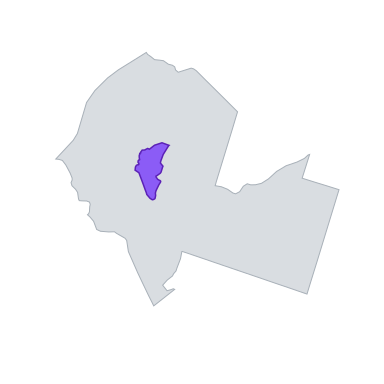 Baja Verapaz on a map of Guatemala (Robinson projection), rotated 107°
{"feature_id": "GTM-1942", "entity_name": "Baja Verapaz", "entity_type": "Department", "adm_level": 1, "iso_a3": "GTM", "parent_name": "Guatemala", "parent_adm1": "", "projection": "robinson", "projection_center": [-90.369, 15.089], "detail": "fine", "context": "in_parent", "style": "filled", "palette": "violet", "viewbox_px": 384, "rotation_deg": 107, "n_neighbors": 0, "source": "natural_earth", "source_scale": "10m", "svg_char_len": 2611}
<svg xmlns="http://www.w3.org/2000/svg" viewBox="0 0 384 384"><g transform="rotate(107 192 192)"><path d="M71.9,276.5L73.4,274.7L74.7,270.6L76.4,266.5L75.4,261.6L74.8,257.7L76.7,252.0L76.5,247.8L77.4,245.1L80.1,243.4L81.5,240.2L73.8,229.0L73.8,226.4L74.8,223.3L81.2,211.3L88.7,197.0L97.0,181.3L102.0,171.9L120.1,171.8L132.1,171.8L147.3,171.8L163.8,171.8L174.7,171.8L179.2,171.7L178.4,165.5L179.0,158.7L181.0,152.6L181.0,149.8L177.8,146.5L171.5,144.6L168.0,141.6L168.0,137.9L166.5,133.4L163.4,128.1L157.1,122.7L147.6,117.1L139.4,109.7L132.7,100.4L127.1,94.4L122.7,91.8L121.7,90.5L134.5,90.6L146.6,90.7L146.7,77.4L146.7,65.5L146.8,52.1L168.8,52.1L194.9,52.1L222.1,52.1L243.4,52.2L256.0,52.2L255.4,68.8L254.8,88.1L254.3,102.3L253.7,121.2L253.1,140.5L252.2,166.9L251.7,183.9L251.9,184.3L259.1,183.5L269.6,184.2L272.2,184.2L275.5,185.7L278.0,186.1L283.4,189.9L289.7,192.8L293.7,187.0L291.5,183.5L290.0,181.6L290.2,180.1L312.1,195.3L309.6,197.6L304.0,203.0L293.9,212.3L284.9,220.5L276.2,228.0L268.3,234.8L267.4,235.5L257.4,240.3L255.8,242.5L253.6,252.1L252.7,254.5L254.5,259.8L256.3,268.0L255.7,272.2L248.8,277.5L245.7,282.3L244.3,285.3L243.0,284.5L240.9,284.3L236.0,285.5L233.6,285.7L231.6,287.1L231.4,290.1L232.7,294.9L233.2,297.3L231.8,298.5L225.8,301.3L223.4,304.2L221.1,308.6L218.4,310.4L215.6,310.1L213.7,310.7L209.5,314.1L203.1,320.5L199.7,325.2L199.7,328.8L200.3,331.9L177.3,320.7L169.6,318.7L137.2,319.0L123.3,314.5L107.5,306.0L96.8,298.2L71.9,276.5Z" fill="#d9dde1" stroke="#a8b0b8" stroke-width="1"/><path d="M182.0,252.2L181.7,251.4L181.3,251.0L180.3,251.2L179.8,251.6L179.7,252.0L179.4,252.3L178.6,252.5L177.9,252.6L177.4,252.5L176.9,252.2L176.6,251.6L176.2,251.6L175.2,252.2L173.7,252.8L172.2,253.2L171.3,253.0L170.9,253.0L170.6,253.2L170.4,253.3L170.0,253.1L169.6,252.5L168.7,252.7L166.5,251.9L165.9,250.1L165.6,249.5L165.2,249.0L164.8,248.7L164.4,248.3L163.3,247.1L163.5,245.6L163.6,245.3L158.2,241.5L153.7,235.1L154.1,227.6L154.6,227.9L164.5,230.5L171.5,230.9L173.5,230.7L175.8,227.3L177.2,227.4L178.5,227.4L180.6,227.4L182.0,227.4L183.3,227.8L186.6,230.3L187.2,231.0L187.4,231.1L187.6,231.0L188.2,230.7L188.5,230.4L189.2,229.4L189.5,229.1L189.9,228.5L190.4,226.3L190.4,225.9L190.5,225.8L190.6,225.4L190.8,225.2L191.1,225.0L191.9,225.0L194.8,225.8L201.3,226.8L203.7,226.7L205.6,225.9L206.2,225.7L208.9,225.5L209.1,225.5L209.3,225.6L209.7,225.9L210.4,226.6L210.7,227.0L210.8,227.3L211.0,227.6L210.9,228.3L210.3,230.3L207.6,234.5L206.0,235.5L203.7,237.3L198.6,241.1L189.1,248.4L188.1,251.7L187.8,252.8L184.7,253.4L182.8,253.0L182.0,252.2Z" fill="#8b5cf6" stroke="#5b21b6" stroke-width="1.5"/></g></svg>